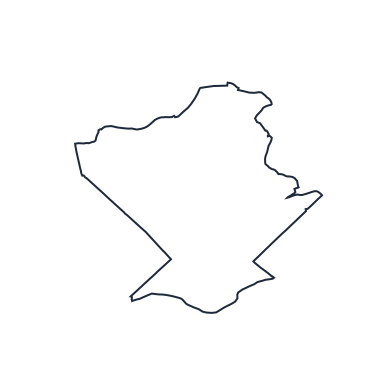 the district of Nicolae Balcescu, Calarasi, Romania, rotated 223°
{"feature_id": "2599482B57162776684646", "entity_name": "Nicolae Balcescu", "entity_type": "district", "adm_level": 2, "iso_a3": "ROU", "parent_name": "Romania", "parent_adm1": "Calarasi", "projection": "orthographic", "projection_center": [26.755, 44.444], "detail": "fine", "context": "isolated", "style": "outline", "palette": "slate", "viewbox_px": 384, "rotation_deg": 223, "n_neighbors": 0, "source": "geoboundaries", "source_scale": "gbopen_adm2", "svg_char_len": 4444}
<svg xmlns="http://www.w3.org/2000/svg" viewBox="0 0 384 384"><g transform="rotate(223 192 192)"><path d="M240.5,296.3L239.5,294.8L238.8,293.8L248.6,284.1L254.5,276.8L256.9,273.8L256.8,272.6L256.1,270.8L254.9,267.3L253.7,262.4L253.5,261.1L252.7,255.8L252.4,251.1L253.1,244.5L253.5,237.9L255.3,235.2L256.1,235.4L257.1,235.5L257.3,234.7L257.8,233.1L259.2,231.6L260.9,230.1L262.7,228.5L263.8,227.2L265.1,225.9L265.5,225.5L265.9,224.8L267.0,222.8L267.6,221.5L267.7,221.0L268.3,219.4L268.3,219.1L268.6,215.6L268.7,214.3L269.0,211.7L269.2,210.9L269.3,210.1L269.7,208.6L270.1,207.6L270.4,206.8L271.2,205.3L271.9,204.1L273.1,202.5L273.3,202.2L273.9,201.4L274.3,200.9L274.8,200.3L275.3,199.8L278.8,197.7L279.3,197.4L281.0,195.7L281.3,195.4L282.9,194.0L286.6,191.2L290.2,188.6L292.1,187.4L293.8,186.5L295.9,185.2L297.1,184.0L300.0,180.7L300.3,179.9L300.8,178.2L300.9,176.7L301.0,176.1L301.0,175.9L301.6,175.7L302.0,175.0L302.2,174.2L302.5,173.4L301.8,172.5L301.2,172.1L300.9,171.0L300.7,170.3L300.1,168.7L299.7,167.6L299.6,167.3L299.1,166.5L298.8,165.9L298.3,165.1L297.6,163.7L297.9,162.2L298.7,161.0L299.1,160.4L299.8,159.1L300.5,157.8L301.0,157.1L301.6,156.6L302.4,156.0L302.9,155.5L303.8,154.2L304.5,153.5L305.2,152.9L308.2,150.4L310.4,147.6L308.6,146.1L304.3,142.9L301.1,140.7L298.2,138.7L290.7,133.6L287.3,131.4L285.4,130.0L285.0,129.8L284.0,129.4L283.4,129.1L282.5,130.2L281.7,130.2L280.7,129.9L279.9,129.9L279.5,129.9L278.8,130.2L278.2,130.2L271.3,130.3L264.2,130.4L256.7,130.5L246.4,130.5L227.5,130.8L227.0,130.6L225.4,130.5L224.7,130.8L218.9,130.9L218.7,130.9L217.2,130.9L208.0,131.0L203.5,131.1L198.7,131.2L198.0,131.2L197.0,131.1L179.4,129.7L172.6,129.2L171.7,129.3L170.4,129.2L165.9,128.8L161.5,128.5L161.5,128.0L161.6,126.7L162.7,113.0L162.9,110.5L163.1,106.7L163.4,102.8L163.7,99.5L164.0,95.4L164.3,91.7L164.5,88.3L164.7,86.1L165.0,81.6L165.4,76.9L165.5,75.7L165.5,75.2L165.6,74.8L165.6,73.9L165.2,74.2L164.7,74.2L164.2,74.1L163.5,73.3L163.1,72.5L162.8,72.3L161.4,71.4L161.1,72.2L160.7,72.9L160.2,73.7L159.8,74.6L157.5,78.0L155.4,83.0L153.5,87.3L152.1,90.3L149.3,92.3L146.6,94.3L144.0,96.6L141.1,98.8L137.9,100.9L133.1,103.7L128.1,106.3L126.1,106.8L124.3,106.7L120.0,106.3L117.6,106.9L111.9,108.9L107.1,110.9L102.5,111.8L99.1,113.8L95.3,116.9L92.2,120.4L90.9,125.0L90.2,127.8L89.2,130.9L87.8,134.6L86.5,138.2L85.7,141.3L86.2,145.2L88.9,147.8L89.7,150.1L88.6,155.1L85.4,163.0L83.6,167.0L82.7,170.8L80.2,174.8L78.3,178.0L74.8,182.3L73.8,183.7L73.7,184.5L73.6,185.3L75.8,185.1L76.1,184.7L76.8,184.7L78.2,184.7L79.4,184.6L79.9,184.6L81.3,184.5L88.5,183.7L89.4,183.6L90.8,183.4L92.9,183.3L94.7,183.2L95.8,183.1L98.8,183.0L99.8,183.1L99.8,183.7L99.7,186.0L99.4,191.1L99.2,195.2L99.0,200.0L98.7,205.1L98.6,208.2L98.3,212.6L98.1,216.3L97.8,221.4L97.7,223.2L97.2,228.2L97.1,230.6L96.9,233.8L96.8,235.9L96.7,237.6L96.5,240.1L96.2,246.0L95.6,255.8L97.2,257.0L95.9,258.7L95.7,261.1L95.4,265.1L95.4,265.9L95.2,269.5L95.1,271.3L95.1,272.8L95.0,273.6L94.8,275.4L94.6,278.2L94.9,278.3L95.7,278.4L97.4,278.4L98.7,278.3L99.8,278.1L100.7,277.9L101.4,277.5L102.4,276.7L103.0,276.0L103.4,275.4L103.8,274.7L104.2,274.1L105.0,272.5L105.8,271.2L106.5,269.8L108.1,267.1L109.4,265.0L109.9,264.4L110.4,263.9L113.2,262.0L114.6,260.0L116.0,257.4L117.3,254.6L118.4,252.8L118.4,253.5L118.0,254.7L117.3,257.0L116.9,259.1L116.3,261.0L116.3,262.4L119.2,264.1L117.2,268.1L118.4,268.6L122.9,271.9L124.5,271.8L125.9,272.2L127.3,271.9L128.8,271.5L131.1,270.0L133.2,268.2L133.9,267.8L137.1,266.9L138.9,265.9L141.0,264.1L143.7,264.6L146.3,264.6L147.8,264.1L149.0,263.3L152.1,262.6L154.7,262.7L157.2,262.5L158.3,263.2L161.1,266.0L162.4,267.9L164.3,272.4L166.7,276.6L167.6,278.2L167.9,279.7L168.1,280.6L168.4,281.6L169.0,283.3L170.0,285.1L170.7,286.1L171.6,286.1L172.6,286.1L173.5,285.9L173.9,285.4L174.5,284.4L174.8,284.6L175.0,285.2L174.9,285.6L175.0,286.0L175.3,286.6L175.7,286.8L178.1,287.6L179.4,287.7L180.2,286.9L180.7,287.0L181.1,287.1L183.3,287.6L189.0,288.7L192.3,287.5L196.1,288.9L196.4,290.0L196.8,292.0L196.8,297.6L196.8,299.2L197.0,300.2L197.3,301.6L197.2,302.8L196.2,305.5L195.0,307.7L194.3,308.6L193.6,309.7L193.6,310.5L194.2,311.0L195.1,311.7L197.6,312.6L199.9,312.6L201.7,312.3L204.1,312.5L209.0,312.2L211.2,310.6L212.0,309.5L213.9,307.2L215.1,306.1L218.0,303.7L223.4,300.7L227.9,298.0L228.8,299.8L230.7,299.2L232.0,299.2L233.0,299.3L233.7,299.2L235.0,299.0L236.1,298.8L237.6,298.2L239.1,297.2L240.5,296.3Z" fill="none" stroke="#1e293b" stroke-width="2"/></g></svg>